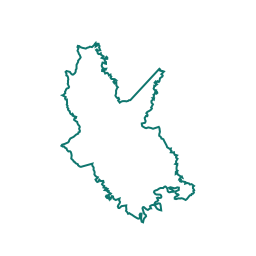 outline of Nova Laranjeiras, Paraná, Brazil, rotated 132°
{"feature_id": "56859067B29997737788268", "entity_name": "Nova Laranjeiras", "entity_type": "district", "adm_level": 2, "iso_a3": "BRA", "parent_name": "Brazil", "parent_adm1": "Paraná", "projection": "natural_earth1", "projection_center": [-52.589, -25.226], "detail": "fine", "context": "isolated", "style": "outline", "palette": "teal", "viewbox_px": 256, "rotation_deg": 132, "n_neighbors": 0, "source": "geoboundaries", "source_scale": "gbopen_adm2", "svg_char_len": 5874}
<svg xmlns="http://www.w3.org/2000/svg" viewBox="0 0 256 256"><g transform="rotate(132 128 128)"><path d="M114.6,82.4L115.6,83.1L116.1,86.0L115.2,87.6L113.2,93.1L112.7,94.0L112.9,95.2L113.5,96.0L112.7,97.8L112.9,99.6L111.6,100.7L109.5,101.7L107.1,104.5L106.6,105.9L111.8,108.9L112.7,111.1L114.0,113.3L116.0,114.4L116.5,115.5L117.1,118.6L116.2,120.0L115.4,120.8L112.9,118.9L111.8,119.1L111.0,119.6L110.4,120.9L109.4,122.3L107.1,122.7L106.3,121.6L105.4,122.0L104.9,122.9L104.7,124.3L103.2,124.4L100.7,123.5L98.6,123.1L97.4,123.4L97.3,124.5L93.7,125.3L93.5,127.4L92.4,128.6L90.6,128.5L89.2,129.3L88.0,129.6L86.7,130.2L86.2,131.3L85.1,130.9L83.7,131.5L83.4,129.8L82.3,129.7L81.7,130.9L82.1,132.3L81.3,132.5L81.8,133.4L81.9,134.5L81.5,135.4L80.2,135.9L79.0,136.8L78.4,135.9L77.5,136.1L76.3,135.7L76.5,138.5L74.8,138.6L74.7,137.2L73.4,137.3L73.2,135.9L72.1,136.0L69.6,137.5L66.7,136.9L65.7,137.4L65.7,139.2L62.0,139.1L62.6,140.6L63.5,141.6L63.9,142.7L63.0,143.1L63.0,144.3L105.7,144.9L106.8,145.9L107.7,146.0L109.3,147.0L110.0,148.2L111.6,149.9L112.9,150.7L114.7,151.1L114.2,153.7L112.6,153.7L111.9,155.2L112.9,155.7L112.9,157.1L112.4,159.0L110.2,160.0L108.2,161.9L105.4,162.9L104.5,162.8L104.3,165.0L101.9,167.3L103.9,167.8L103.5,169.6L102.3,169.2L101.7,170.4L100.5,169.3L100.6,170.6L102.6,173.1L102.3,174.7L101.0,174.8L100.9,175.8L100.1,176.7L101.7,177.3L100.8,179.2L101.0,180.5L102.8,181.4L101.6,183.8L102.4,184.4L103.0,185.4L101.9,186.2L101.0,185.4L99.6,183.6L98.6,183.9L99.6,184.8L100.1,185.9L100.2,187.0L99.8,188.5L99.3,189.3L96.4,190.7L95.8,189.9L95.5,188.2L95.0,187.3L93.7,188.5L93.6,190.0L92.9,191.3L91.9,191.7L92.9,192.9L93.5,194.4L91.1,194.2L91.6,197.1L90.7,198.2L92.1,198.6L92.8,199.4L92.6,200.7L91.7,201.8L91.4,203.9L90.5,203.7L90.8,202.3L88.8,200.7L87.5,203.4L86.2,203.9L85.9,205.2L85.1,206.2L85.7,206.9L87.6,206.1L89.0,206.5L87.3,207.6L86.4,208.9L87.8,208.9L88.8,208.6L92.0,208.9L93.1,210.8L94.3,211.1L95.6,212.0L97.2,212.5L99.0,215.6L99.8,217.7L99.7,218.9L100.5,220.2L101.7,219.7L101.9,218.2L104.4,217.2L105.0,215.3L105.8,214.2L106.0,212.9L107.1,210.5L108.2,210.2L111.4,210.1L112.2,209.3L115.5,208.5L118.4,205.9L119.6,205.8L121.3,204.5L122.6,204.2L124.8,204.4L125.6,205.1L125.7,206.9L125.2,208.7L126.8,211.8L128.1,211.9L128.9,209.9L130.2,209.0L129.9,207.7L130.4,206.6L132.0,204.7L132.9,204.4L134.6,202.7L135.5,202.4L136.9,199.3L138.1,199.0L139.7,199.9L140.9,199.8L141.9,199.3L143.2,199.1L144.1,197.9L145.2,198.1L146.5,198.0L147.6,198.6L146.7,195.0L148.1,194.6L148.6,193.5L147.7,192.5L150.5,189.7L151.7,189.1L151.9,187.8L153.3,187.0L153.5,185.3L154.5,184.8L154.7,183.8L154.5,182.5L155.4,181.5L155.9,180.1L155.7,178.8L154.6,178.7L155.0,177.5L155.8,177.1L154.4,173.9L155.6,173.4L156.6,174.2L158.0,173.6L157.8,171.0L157.4,169.9L158.3,168.7L158.9,167.2L158.9,165.9L159.5,164.5L161.3,163.8L162.3,161.8L163.3,161.3L164.4,161.9L165.5,161.2L167.5,162.1L171.0,162.5L174.3,163.8L176.4,163.5L177.6,162.9L178.9,162.9L182.2,164.4L184.5,165.8L185.8,165.6L185.5,164.1L184.5,163.0L184.8,161.2L184.3,160.1L185.1,158.7L185.3,156.6L184.1,155.6L184.1,154.6L184.8,153.2L186.1,151.5L188.7,149.7L188.8,146.7L189.3,145.9L188.9,145.0L189.2,143.4L188.5,141.0L189.1,140.2L189.0,138.3L188.4,137.0L178.3,130.6L179.2,130.2L180.0,128.9L180.1,127.8L180.5,126.9L182.1,125.7L182.6,124.1L183.3,123.1L185.0,121.9L185.4,120.1L185.3,118.4L184.8,117.4L185.7,117.1L188.0,117.7L188.5,116.6L188.7,114.7L187.4,114.0L186.4,114.6L185.6,114.7L185.7,112.8L183.9,111.0L184.8,109.7L186.0,110.0L187.2,109.7L187.4,108.4L187.0,107.0L188.6,106.4L188.1,105.5L187.2,104.6L187.3,103.6L186.9,102.6L187.8,102.6L188.3,103.7L189.7,103.7L188.8,102.3L188.8,100.9L187.9,101.3L187.7,100.0L188.9,99.6L188.2,96.9L189.9,97.0L190.9,97.9L192.3,97.3L192.7,98.8L193.7,98.6L194.0,97.6L194.0,96.5L192.9,95.9L193.4,94.4L192.0,95.1L192.3,93.5L189.3,94.4L188.9,93.3L190.2,91.6L190.1,90.5L189.7,88.9L186.1,87.1L187.7,86.2L188.3,84.4L189.5,83.9L191.8,83.6L193.2,83.0L193.8,81.5L193.2,80.8L190.4,80.5L186.7,77.5L187.7,76.8L189.6,74.7L190.9,74.1L191.1,72.1L191.7,70.5L190.4,70.0L190.3,68.5L189.9,67.3L189.5,63.9L188.8,60.4L188.3,59.5L187.5,59.0L186.1,59.5L184.8,61.3L183.4,61.6L182.6,60.6L185.2,58.7L187.3,56.9L188.5,55.1L188.0,53.7L185.4,55.2L184.0,55.5L181.5,55.5L180.8,56.5L180.9,58.3L180.1,60.1L178.0,63.5L177.0,63.9L176.2,63.4L176.1,60.0L175.6,58.4L173.1,57.9L172.3,57.1L171.4,59.3L170.0,59.0L168.9,58.4L168.0,57.3L167.6,55.8L168.4,53.2L168.5,51.9L167.9,49.9L167.0,48.2L163.5,52.2L162.8,53.6L163.4,54.8L165.8,56.0L166.6,57.6L165.4,58.0L164.2,57.9L163.0,57.2L161.5,57.2L160.6,59.6L159.6,59.1L158.7,57.5L157.8,56.9L156.8,57.1L156.0,58.3L156.0,59.5L158.5,62.5L158.8,63.9L158.3,65.8L157.2,66.2L156.0,65.8L154.4,64.8L152.2,64.3L150.7,63.6L149.1,61.7L147.2,61.6L146.4,61.0L146.4,59.8L146.8,58.1L148.4,56.1L148.4,54.8L147.9,54.0L146.6,53.2L145.1,51.7L144.2,52.1L144.5,54.7L145.1,56.0L144.8,57.4L143.6,56.8L141.7,53.1L140.7,52.3L139.2,51.7L138.3,50.3L140.1,48.8L143.0,50.1L144.0,50.0L144.5,49.1L144.5,47.5L143.8,46.7L143.9,45.7L146.2,46.1L147.2,46.7L148.4,46.8L149.3,45.9L148.7,44.7L146.4,43.3L145.5,42.0L144.6,41.5L143.7,40.0L142.9,37.0L141.2,36.7L136.7,37.0L135.6,36.1L134.4,36.6L133.5,35.8L131.9,35.8L131.2,37.3L130.0,37.1L129.6,38.0L129.4,39.3L128.3,40.4L126.9,40.2L127.2,43.2L128.6,44.2L128.4,45.5L129.3,47.3L131.1,48.3L129.8,49.2L131.5,52.3L132.3,52.4L132.7,53.5L131.3,54.0L132.2,55.4L131.3,55.7L129.1,55.6L128.8,56.9L129.3,60.0L128.4,61.3L130.2,61.8L128.6,63.1L126.6,62.6L126.6,63.8L125.6,64.9L124.0,66.1L122.8,66.4L121.8,67.2L122.6,67.7L123.1,68.8L121.7,68.7L121.0,69.7L120.2,70.1L117.7,70.6L117.9,72.4L117.0,73.2L115.5,73.2L116.0,74.4L116.7,75.3L116.0,76.8L115.3,77.6L116.2,78.2L117.4,79.9L116.0,80.3L115.8,81.7L114.6,82.4ZM91.9,191.7L91.2,190.4L90.5,189.7L89.6,190.4L89.5,191.6L91.9,191.7ZM129.1,55.6L128.6,54.4L128.1,55.5L129.1,55.6ZM89.2,129.3L89.3,128.0L88.5,128.5L89.2,129.3Z" fill="none" stroke="#0f766e" stroke-width="2"/></g></svg>